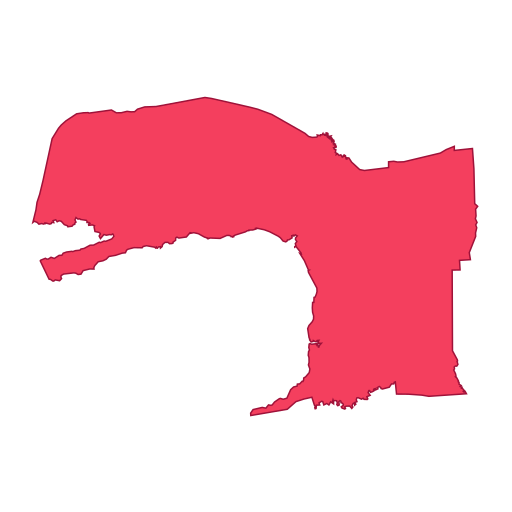 Agusan del Norte, Agusan del Norte, Philippines (orthographic projection), rotated 269°
{"feature_id": "2640588B29392713909073", "entity_name": "Agusan del Norte", "entity_type": "district", "adm_level": 2, "iso_a3": "PHL", "parent_name": "Philippines", "parent_adm1": "Agusan del Norte", "projection": "orthographic", "projection_center": [125.42, 9.081], "detail": "fine", "context": "isolated", "style": "filled", "palette": "rose", "viewbox_px": 512, "rotation_deg": 269, "n_neighbors": 0, "source": "geoboundaries", "source_scale": "gbopen_adm2", "svg_char_len": 6073}
<svg xmlns="http://www.w3.org/2000/svg" viewBox="0 0 512 512"><g transform="rotate(269 256 256)"><path d="M404.5,114.0L401.8,91.5L402.3,90.7L402.2,85.9L401.3,79.1L394.5,68.4L390.4,63.6L387.2,60.8L376.9,54.2L335.3,44.4L321.5,40.8L313.5,38.0L306.0,36.8L293.5,33.5L294.6,34.9L293.4,37.8L291.6,39.5L292.2,42.1L291.6,44.5L292.7,45.5L292.1,46.2L292.6,46.6L291.5,50.4L292.0,51.9L293.1,52.3L292.9,54.4L294.9,53.7L295.7,56.4L293.7,57.8L294.7,59.8L294.1,61.9L290.7,64.9L289.5,68.1L288.5,68.4L289.0,72.6L290.6,74.0L290.8,75.3L292.0,75.4L293.0,76.6L295.2,75.6L297.6,76.7L296.0,78.6L296.3,80.4L295.6,81.1L294.6,87.0L293.3,87.8L292.5,87.6L292.4,89.6L291.6,90.5L290.7,89.1L289.6,89.3L289.9,92.9L289.1,95.1L287.9,94.6L283.3,95.4L282.3,99.5L281.4,100.5L280.8,100.8L278.7,99.5L276.1,100.8L280.1,104.3L279.4,106.8L280.0,110.0L279.7,111.6L280.5,113.0L280.2,113.6L278.1,114.2L275.6,112.1L273.3,106.0L273.6,104.4L272.1,100.9L272.5,99.5L269.7,93.7L269.7,90.3L266.6,84.3L266.0,81.0L264.9,80.1L264.5,75.5L263.6,72.9L263.9,71.9L263.3,66.7L262.2,63.3L260.1,61.9L260.1,59.2L257.1,54.3L258.3,51.0L256.6,48.3L256.5,46.9L257.4,45.4L255.6,40.7L254.9,40.2L236.4,48.7L236.2,50.1L234.5,52.4L234.5,53.4L235.6,54.9L234.7,59.2L236.8,61.2L238.4,60.5L239.9,60.9L241.3,63.3L242.3,73.5L242.0,75.5L240.6,77.8L240.9,80.7L244.4,82.9L245.9,89.4L245.8,93.8L247.0,93.6L249.2,94.6L253.0,98.1L253.9,102.9L255.4,106.2L258.1,108.9L259.1,115.5L261.2,122.3L261.5,125.5L264.1,126.7L265.0,128.1L266.5,134.1L266.2,142.3L267.5,143.4L268.2,146.7L266.5,155.2L265.8,155.6L266.6,156.5L265.7,156.7L265.5,157.5L266.8,158.6L267.0,160.5L265.6,160.6L267.0,162.3L269.1,162.8L271.2,165.2L271.2,168.2L269.8,169.8L269.9,172.2L270.4,173.3L271.3,173.3L273.1,175.9L275.3,176.0L276.0,176.7L276.2,177.3L275.3,179.2L276.2,186.7L280.5,190.5L280.3,191.5L279.9,191.3L280.4,194.2L279.3,198.8L275.8,204.8L274.7,208.3L274.2,207.9L274.0,208.3L274.8,210.4L274.2,220.4L277.1,227.2L277.0,229.8L275.3,232.9L275.9,234.7L275.9,233.1L277.3,235.6L280.3,245.8L281.4,247.8L281.5,249.3L282.0,249.3L282.1,253.3L282.8,255.9L283.1,256.7L283.7,256.2L283.9,256.9L282.1,264.7L280.0,270.1L275.4,278.6L273.9,280.6L270.5,283.3L269.6,286.0L270.4,287.3L271.5,287.7L271.6,289.2L273.5,292.4L275.6,292.1L275.5,293.1L276.2,293.5L275.3,294.3L276.5,295.6L275.4,297.6L273.4,295.9L271.9,295.7L269.7,297.1L267.7,295.5L265.6,296.1L264.7,294.9L264.2,294.9L264.9,296.1L258.4,301.0L257.3,301.3L257.8,299.9L250.5,304.3L241.1,308.2L241.0,308.7L240.6,307.9L238.7,308.2L222.9,316.3L219.5,316.4L216.9,315.7L213.9,314.4L213.6,313.3L208.6,313.0L208.6,311.8L203.2,311.4L198.8,311.6L195.0,312.6L191.8,312.4L189.3,311.1L185.7,307.8L182.5,306.4L173.5,307.6L171.3,308.5L171.1,308.2L169.1,309.6L169.6,311.6L170.5,311.8L169.3,313.8L169.3,315.4L169.7,315.0L170.5,315.7L170.6,317.4L169.5,316.7L167.9,317.3L167.8,316.5L166.6,316.1L167.4,317.0L167.6,319.8L165.4,317.8L163.8,317.2L163.9,316.7L165.5,316.3L166.2,314.9L167.3,314.9L166.8,310.2L167.5,308.4L167.0,307.6L163.6,307.2L161.0,307.8L159.6,306.9L155.8,306.5L153.5,307.2L148.7,307.2L146.2,306.5L142.1,307.9L138.5,307.2L134.3,303.5L133.2,301.6L130.9,301.4L129.7,300.7L130.0,300.0L127.4,297.5L127.2,295.1L125.2,294.8L124.4,291.3L121.7,288.3L113.3,284.4L112.3,280.7L113.2,277.9L112.9,276.8L109.7,272.0L106.8,269.6L106.4,268.4L106.9,265.9L103.7,263.2L104.5,259.6L102.5,250.4L99.0,247.9L96.6,248.0L102.2,284.6L109.7,293.4L112.2,301.6L113.8,309.4L105.8,311.8L104.7,312.6L103.3,312.1L102.2,312.5L102.5,313.4L105.8,313.8L105.9,317.1L108.1,316.5L109.6,319.1L109.3,320.2L105.9,321.2L107.3,324.2L105.8,326.3L108.9,328.1L106.8,331.0L108.5,331.0L109.4,330.0L111.0,330.5L109.6,331.1L110.1,332.1L109.9,334.0L107.9,334.7L106.0,334.2L104.9,335.2L105.6,336.6L108.9,336.3L109.9,337.4L109.3,338.4L107.8,338.4L107.4,339.7L106.2,340.7L105.2,340.6L103.7,338.6L102.4,339.4L101.4,342.1L102.0,342.8L103.6,342.0L104.3,343.7L104.3,347.1L101.9,349.1L103.3,350.2L104.6,349.4L106.8,350.5L106.9,352.0L105.2,352.1L106.1,353.2L107.8,352.0L108.6,354.4L110.5,353.7L112.4,354.4L112.6,355.6L111.0,359.0L111.9,360.6L110.8,361.5L110.6,364.7L111.2,365.3L113.4,364.4L114.7,367.7L117.4,365.7L119.5,366.5L119.5,367.2L117.7,368.1L118.2,369.8L119.1,371.5L120.3,371.2L121.1,371.8L121.3,372.9L119.9,372.8L120.0,373.2L121.1,375.6L122.2,374.9L123.4,377.0L122.2,378.5L121.3,378.7L120.8,380.1L122.5,387.0L125.7,389.2L125.7,391.4L127.3,392.0L127.7,393.1L115.5,394.1L115.2,405.7L114.0,419.4L112.7,426.4L114.6,464.0L116.9,462.8L116.3,461.7L117.1,460.9L117.6,462.1L119.8,460.3L120.2,459.2L121.2,459.8L121.9,457.9L122.9,458.9L124.3,456.8L126.0,456.8L126.7,456.0L127.4,456.3L130.7,454.6L131.8,453.3L132.2,453.9L134.6,453.5L138.6,451.7L139.7,452.5L141.5,452.2L142.5,453.4L142.4,454.8L144.1,456.0L147.1,455.2L147.6,455.7L148.9,455.4L157.8,450.8L238.5,451.9L238.5,459.8L248.1,459.4L248.6,470.3L255.7,469.3L271.8,476.0L275.2,475.9L280.4,477.2L283.3,476.2L285.7,477.6L289.4,476.0L292.2,476.7L299.0,476.4L301.8,478.5L304.5,475.6L339.3,475.4L359.7,474.3L358.1,456.1L362.2,456.2L359.1,448.1L355.7,442.1L347.6,405.4L347.5,399.1L348.3,395.4L347.9,390.2L342.1,390.1L339.6,365.9L340.6,361.2L348.1,353.3L352.4,350.6L352.6,348.8L351.3,348.6L351.5,347.8L354.5,347.2L354.1,345.9L355.0,346.6L355.4,346.3L355.4,345.6L353.4,343.9L355.7,342.6L355.1,340.7L356.8,339.4L356.0,338.0L357.4,338.3L358.1,337.1L360.8,337.7L361.3,336.3L362.9,335.5L363.2,337.9L364.4,338.1L364.5,337.0L365.5,337.3L365.9,335.9L366.6,337.0L367.6,335.2L369.0,336.1L370.0,335.9L369.0,333.9L370.4,333.9L371.0,335.0L371.7,334.3L370.7,333.3L373.0,332.6L372.3,334.0L373.4,333.3L373.6,332.1L374.7,333.0L374.4,331.2L372.3,331.3L373.9,329.3L374.5,329.3L373.9,330.0L374.6,330.5L375.1,329.0L375.8,330.0L376.5,328.8L377.1,330.0L377.6,329.7L377.9,328.4L376.9,328.5L376.6,327.6L375.4,327.5L375.6,326.6L376.5,326.4L376.4,325.4L377.4,325.1L376.0,324.1L376.1,322.6L375.2,322.4L375.9,319.3L374.5,319.6L373.8,318.8L373.6,314.2L374.6,310.7L377.8,307.1L397.3,274.2L402.7,260.4L404.9,252.4L414.3,214.2L415.4,207.7L407.2,158.7L407.0,147.3L404.9,140.1L402.4,137.2L402.3,133.6L402.9,129.6L401.6,123.8L401.6,118.9L404.5,114.0Z" fill="#f43f5e" stroke="#9f1239" stroke-width="1.5"/></g></svg>